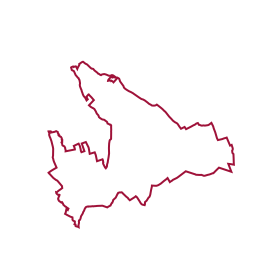 Carastelec, Salaj, Romania, rotated 249°
{"feature_id": "2599482B43176721929294", "entity_name": "Carastelec", "entity_type": "district", "adm_level": 2, "iso_a3": "ROU", "parent_name": "Romania", "parent_adm1": "Salaj", "projection": "natural_earth1", "projection_center": [22.689, 47.305], "detail": "fine", "context": "isolated", "style": "outline", "palette": "rose", "viewbox_px": 256, "rotation_deg": 249, "n_neighbors": 0, "source": "geoboundaries", "source_scale": "gbopen_adm2", "svg_char_len": 5669}
<svg xmlns="http://www.w3.org/2000/svg" viewBox="0 0 256 256"><g transform="rotate(249 128 128)"><path d="M83.7,216.7L83.7,215.9L83.9,214.0L83.9,211.9L84.5,207.6L86.7,207.4L92.7,207.9L97.0,207.9L99.0,208.1L102.9,207.7L102.2,205.3L102.0,204.4L102.0,203.7L102.4,201.9L102.7,200.6L103.1,199.9L103.4,199.3L103.7,197.9L104.1,197.2L105.0,196.2L105.6,195.5L105.6,195.4L107.6,195.0L107.7,193.5L107.1,191.4L107.1,190.2L106.7,187.6L106.1,181.8L108.7,181.2L108.3,177.2L110.8,176.5L114.0,175.8L115.0,175.3L116.6,173.9L118.7,172.6L121.1,171.7L123.9,170.5L128.5,169.1L129.9,168.6L131.1,167.9L133.0,167.1L134.7,166.2L138.2,164.1L139.5,163.3L139.3,162.6L139.3,161.3L139.5,160.5L139.9,159.4L140.3,158.7L140.6,158.2L141.5,157.7L142.9,156.4L144.9,155.3L147.8,153.5L149.2,152.3L150.2,151.0L150.8,150.5L152.9,149.0L157.9,145.6L158.7,145.1L160.5,143.6L162.0,142.1L163.8,140.7L165.5,139.5L167.2,138.7L168.8,138.8L174.3,137.3L175.1,137.3L175.3,137.4L177.2,137.4L178.8,136.2L179.0,135.9L178.8,135.3L178.3,135.5L177.9,134.9L175.8,130.8L176.9,130.4L178.1,129.5L178.0,129.1L178.3,129.1L178.6,128.7L178.8,128.2L179.2,126.3L179.7,126.6L180.3,127.4L181.7,130.1L181.7,130.4L181.6,130.7L181.3,130.8L181.2,131.0L181.2,131.3L180.7,131.5L180.6,131.8L180.8,132.3L180.9,132.8L180.8,133.0L180.4,133.2L180.0,133.6L180.0,134.1L179.7,134.3L179.4,134.7L179.5,134.9L182.0,133.3L182.6,132.8L183.1,132.0L183.2,131.4L183.1,130.7L183.2,130.1L183.4,129.5L183.7,128.8L185.5,127.0L186.5,125.7L186.9,125.1L187.3,123.0L187.2,122.2L187.0,121.8L187.1,121.6L187.6,121.1L188.5,120.6L189.6,119.5L190.4,119.3L193.8,117.3L195.4,116.8L195.8,116.5L196.5,115.3L197.1,114.9L197.6,114.6L201.7,112.7L202.2,112.4L203.3,111.3L205.9,109.8L206.0,109.6L206.0,108.8L205.9,108.1L205.2,105.4L204.7,105.4L204.4,105.2L202.4,102.8L201.3,101.8L204.1,101.5L204.3,101.2L204.5,99.7L204.4,99.2L205.0,99.0L205.1,98.8L205.1,97.9L205.0,96.7L204.8,96.5L203.6,96.5L202.4,96.3L201.7,96.7L200.8,97.7L200.2,97.9L196.1,98.1L195.1,98.5L192.7,99.3L192.2,99.7L190.7,99.7L190.2,99.9L187.2,99.3L186.4,99.0L185.7,98.5L185.1,98.3L183.9,98.1L181.3,98.1L180.5,98.2L178.7,98.0L176.7,98.0L175.5,97.9L173.6,98.1L171.4,98.9L168.6,99.2L169.2,100.7L171.1,100.4L171.3,100.5L172.0,100.4L173.0,102.2L173.5,103.2L173.4,103.4L172.4,103.7L169.7,104.9L166.3,106.1L163.2,99.7L161.2,100.7L159.3,102.2L159.2,102.4L157.8,103.4L154.9,103.9L152.7,104.0L150.4,104.9L148.6,104.8L147.4,105.4L145.6,106.7L145.1,107.2L144.3,108.6L143.7,109.1L143.0,109.4L141.6,110.4L141.0,110.6L139.5,110.5L138.6,111.5L137.6,112.2L137.5,112.7L137.4,112.9L136.5,113.2L134.7,112.5L132.1,111.6L131.1,111.1L129.9,110.7L123.9,108.3L123.7,108.0L123.3,106.8L122.8,106.3L120.4,104.9L118.4,104.0L116.1,103.0L111.0,101.2L107.7,99.4L104.4,97.4L103.1,96.7L101.6,95.5L99.6,94.5L98.9,93.7L98.4,92.9L99.6,92.6L99.6,92.4L103.6,92.0L104.6,92.3L104.9,92.7L105.5,92.7L106.7,93.0L107.3,93.0L107.5,92.7L107.9,92.8L108.1,87.2L114.2,88.2L117.2,88.2L117.6,83.0L123.1,84.1L124.1,84.2L130.0,83.6L130.1,79.3L122.0,79.0L122.1,75.9L123.5,75.8L125.3,76.2L128.6,76.6L131.1,76.3L131.1,76.1L130.7,71.0L128.1,71.0L127.0,70.7L128.6,61.4L129.7,61.9L131.2,61.9L131.7,62.2L132.4,62.2L133.7,62.0L134.8,60.9L135.3,60.6L135.8,60.6L136.5,60.8L137.6,60.9L138.3,60.7L138.5,60.9L138.5,61.2L138.6,61.6L139.1,61.6L139.3,61.8L139.7,61.8L140.0,62.2L140.4,62.4L140.6,62.3L141.0,62.0L142.0,62.5L142.8,62.4L143.8,62.2L144.7,61.2L145.4,60.9L145.6,60.8L145.7,61.3L145.9,61.3L146.5,60.8L146.9,61.0L147.3,60.8L147.5,61.0L148.3,60.7L149.4,61.0L150.8,59.8L150.8,59.1L150.7,58.3L151.3,54.7L151.9,54.9L152.4,54.8L152.6,54.6L152.8,53.6L153.2,53.1L153.3,52.6L150.9,52.6L149.9,51.9L147.6,51.8L146.3,51.9L143.1,51.8L137.4,51.1L135.4,50.7L129.0,48.1L127.6,47.2L125.9,47.1L124.8,46.9L123.2,46.8L116.6,47.1L116.2,44.5L115.6,41.1L114.7,37.8L113.9,38.0L113.4,38.3L111.1,39.2L108.1,40.4L105.2,42.2L104.8,42.7L103.8,43.3L97.3,45.6L96.7,45.3L95.5,45.1L95.4,44.8L94.8,42.6L94.5,41.3L93.7,38.8L93.2,38.3L93.2,38.1L93.6,38.0L93.7,37.9L92.9,37.7L91.9,38.0L90.3,39.0L90.0,39.2L90.4,39.7L90.3,39.9L90.0,40.1L89.7,39.8L88.9,39.2L88.3,38.4L87.4,37.8L87.3,37.6L86.8,37.3L85.9,37.4L85.5,37.3L84.6,37.5L82.3,39.0L82.5,39.5L82.5,39.8L82.3,39.9L80.5,40.2L79.6,40.1L77.2,41.3L76.6,41.9L76.2,42.0L74.1,43.5L73.0,42.4L74.6,41.6L71.5,39.6L70.4,38.5L68.6,40.0L65.8,42.5L64.5,44.1L63.6,43.9L62.9,43.5L62.1,43.3L61.2,43.6L59.8,44.9L57.7,44.0L57.3,43.6L56.6,44.4L55.4,43.9L54.9,44.2L53.7,45.9L53.1,46.4L54.9,46.9L56.9,48.2L57.9,48.6L58.3,48.6L59.3,49.2L59.5,50.3L60.6,51.3L62.4,52.5L64.4,55.1L65.7,56.2L66.5,57.3L68.4,59.0L68.7,59.7L69.1,60.1L69.3,60.8L69.1,62.6L68.8,62.8L68.7,63.6L68.2,64.9L67.6,67.1L67.3,67.5L67.2,68.1L66.5,70.4L66.4,71.0L64.6,76.3L61.3,80.2L61.6,81.3L61.9,83.9L62.2,84.1L62.5,84.4L62.6,84.7L63.1,85.1L63.8,86.0L63.8,86.5L64.3,86.9L64.8,87.5L66.1,88.4L67.4,91.6L70.3,94.7L70.4,95.1L71.0,95.6L70.8,97.4L70.4,98.1L70.3,98.9L69.7,99.5L69.1,99.6L64.4,101.8L62.8,102.8L62.0,102.9L59.9,103.8L61.1,109.7L61.5,110.8L60.0,111.6L55.8,112.5L53.4,112.9L52.2,113.3L51.6,113.7L51.3,114.0L50.0,115.9L50.6,116.4L52.7,117.3L53.5,119.4L55.7,122.3L55.7,122.5L56.0,123.3L56.6,123.9L57.8,124.9L61.8,127.3L64.6,129.2L65.7,129.7L64.5,132.3L63.9,133.7L63.8,134.9L63.8,135.9L64.3,138.6L65.7,142.7L66.4,145.2L67.1,147.0L62.5,147.7L62.6,148.0L62.8,148.6L63.0,150.0L63.5,151.4L63.7,153.8L63.9,155.8L64.3,157.4L66.9,166.4L60.6,174.2L60.0,174.7L58.6,177.8L57.9,179.8L56.2,181.7L55.9,182.7L55.7,185.4L55.4,187.5L55.4,191.1L55.2,191.5L56.8,195.0L58.4,198.7L50.1,208.8L58.6,208.8L57.5,210.9L55.8,213.7L58.3,214.5L61.7,215.7L65.9,217.1L67.1,216.6L68.0,216.7L69.1,217.0L69.5,217.1L69.8,217.5L70.5,218.1L70.9,218.3L71.6,218.5L75.1,218.7L75.0,217.0L83.7,216.7Z" fill="none" stroke="#9f1239" stroke-width="2"/></g></svg>